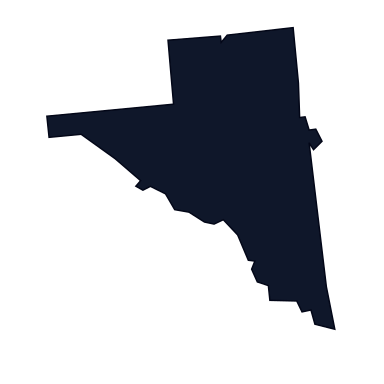 Baker, Georgia, United States of America, rotated 83°
{"feature_id": "52423323B71262883524424", "entity_name": "Baker", "entity_type": "district", "adm_level": 2, "iso_a3": "USA", "parent_name": "United States of America", "parent_adm1": "Georgia", "projection": "orthographic", "projection_center": [-84.4, 31.267], "detail": "fine", "context": "isolated", "style": "filled", "palette": "ink", "viewbox_px": 384, "rotation_deg": 83, "n_neighbors": 0, "source": "geoboundaries", "source_scale": "gbopen_adm2", "svg_char_len": 663}
<svg xmlns="http://www.w3.org/2000/svg" viewBox="0 0 384 384"><g transform="rotate(83 192 192)"><path d="M38.4,197.3L102.6,199.6L99.1,326.8L120.3,327.2L121.2,295.0L149.6,264.2L174.5,241.6L179.4,247.0L184.2,240.5L181.3,232.6L190.6,218.5L207.4,211.3L211.6,197.5L223.3,183.3L226.5,174.0L223.3,164.3L240.2,151.9L266.6,144.4L268.2,138.0L275.9,142.2L289.2,138.1L294.2,127.6L309.0,127.9L312.9,101.3L324.4,97.4L323.6,88.3L338.2,86.1L345.6,67.0L302.4,70.2L168.5,69.8L157.3,69.8L164.8,66.2L157.5,56.8L144.7,61.5L144.8,68.2L131.2,70.6L131.2,76.1L96.9,73.1L41.2,71.6L40.6,137.9L47.1,144.8L40.7,144.8L38.4,197.3Z" fill="#0f172a" stroke="#020617" stroke-width="1.5"/></g></svg>